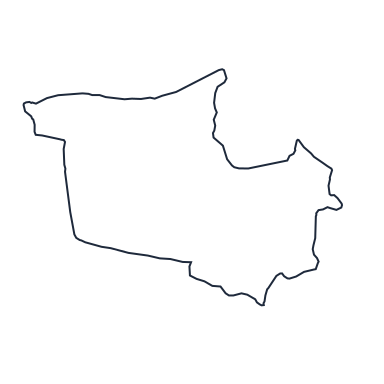 Quesada, Jutiapa, Guatemala (orthographic projection), rotated 346°
{"feature_id": "79465075B71071315687381", "entity_name": "Quesada", "entity_type": "district", "adm_level": 2, "iso_a3": "GTM", "parent_name": "Guatemala", "parent_adm1": "Jutiapa", "projection": "orthographic", "projection_center": [-90.049, 14.283], "detail": "fine", "context": "isolated", "style": "outline", "palette": "slate", "viewbox_px": 384, "rotation_deg": 346, "n_neighbors": 0, "source": "geoboundaries", "source_scale": "gbopen_adm2", "svg_char_len": 1859}
<svg xmlns="http://www.w3.org/2000/svg" viewBox="0 0 384 384"><g transform="rotate(346 192 192)"><path d="M54.2,98.7L60.3,100.9L76.4,108.8L78.0,109.7L79.2,110.2L80.2,110.6L80.9,112.7L77.9,119.2L74.7,134.7L74.8,138.7L73.7,141.6L69.0,182.0L67.6,204.7L68.6,208.5L71.4,211.4L72.9,212.2L76.3,215.0L77.2,215.5L91.0,223.3L99.5,226.8L115.6,235.7L133.8,243.0L144.7,248.6L154.8,251.8L166.0,257.6L174.1,259.9L171.5,263.6L169.8,272.5L175.4,277.4L182.5,281.7L189.0,288.0L196.8,290.6L200.1,298.4L202.8,301.3L207.1,302.4L215.5,302.3L220.8,305.0L227.4,311.4L228.3,314.8L230.6,317.5L232.1,318.8L234.3,319.1L234.5,317.2L235.9,315.7L238.2,310.1L241.4,304.6L242.7,303.8L253.6,293.8L257.8,292.4L259.7,292.8L261.0,296.0L263.7,298.9L265.6,299.6L272.6,299.2L281.4,296.6L291.4,296.7L293.4,296.8L297.0,291.3L298.0,290.2L297.3,286.3L295.2,282.3L295.3,276.7L297.0,273.0L300.4,266.6L306.3,245.5L307.1,244.4L307.4,242.7L310.4,240.2L314.9,240.6L319.8,239.5L321.8,240.8L327.8,244.3L333.1,243.2L334.4,241.0L334.4,239.5L331.7,233.1L329.2,229.4L326.2,228.9L325.0,227.3L326.0,218.9L328.9,213.2L329.2,211.3L333.2,204.7L332.9,203.0L331.8,201.9L329.6,199.6L325.9,195.3L318.8,187.3L316.9,183.4L311.4,175.6L308.0,167.3L307.1,166.9L306.1,167.6L302.3,175.1L302.3,176.6L299.7,179.5L295.4,180.5L292.1,184.5L252.4,182.8L243.4,180.5L239.0,178.2L237.2,175.9L234.0,168.7L233.2,154.5L226.1,144.4L226.6,139.9L228.5,137.8L230.6,133.2L230.6,127.1L235.3,120.8L234.6,116.4L235.0,110.8L238.5,101.6L242.3,96.1L250.0,93.4L253.0,90.1L252.5,81.5L251.0,80.2L247.5,80.2L200.8,91.1L186.4,91.4L178.4,92.4L174.1,90.3L165.0,89.4L156.3,86.9L149.0,85.7L131.2,79.0L125.8,75.6L118.6,73.8L115.3,71.7L109.6,69.8L85.5,65.7L74.0,65.8L62.0,68.5L58.6,66.5L57.6,66.7L56.1,65.3L52.7,64.9L50.3,65.5L49.6,66.9L49.6,73.4L54.3,79.7L54.6,82.2L55.5,83.2L55.6,88.7L53.8,95.5L54.2,98.7Z" fill="none" stroke="#1e293b" stroke-width="2"/></g></svg>